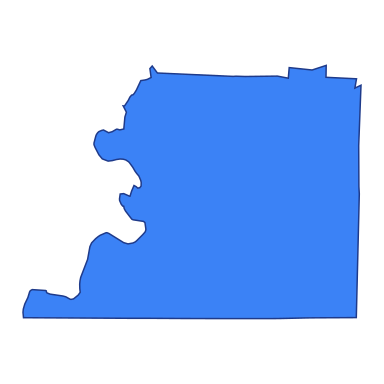 outline of Shelby, Tennessee, United States of America
{"feature_id": "52423323B51053623406996", "entity_name": "Shelby", "entity_type": "district", "adm_level": 2, "iso_a3": "USA", "parent_name": "United States of America", "parent_adm1": "Tennessee", "projection": "orthographic", "projection_center": [-90.065, 35.201], "detail": "fine", "context": "isolated", "style": "filled", "palette": "blue", "viewbox_px": 384, "rotation_deg": 0, "n_neighbors": 0, "source": "geoboundaries", "source_scale": "gbopen_adm2", "svg_char_len": 1880}
<svg xmlns="http://www.w3.org/2000/svg" viewBox="0 0 384 384"><path d="M361.0,85.2L354.9,88.1L356.5,78.8L326.0,77.3L326.2,65.4L312.1,70.0L289.2,67.6L288.3,78.2L277.4,76.1L245.1,76.5L235.9,76.2L233.2,76.4L157.4,73.0L152.2,66.0L149.9,68.6L151.1,77.5L147.3,79.4L144.9,80.0L140.8,80.6L136.4,90.0L134.3,93.4L133.0,94.8L131.6,95.1L129.9,97.1L128.2,100.5L124.7,105.7L123.9,106.0L123.2,105.9L126.4,112.2L124.9,117.0L123.8,129.0L119.7,129.9L117.4,129.2L116.5,129.2L112.2,131.7L108.6,132.7L103.5,130.0L101.7,130.4L98.9,131.6L97.8,132.6L96.5,134.4L95.8,136.1L94.0,143.0L94.0,144.7L95.1,147.5L98.9,154.8L102.3,158.9L108.1,161.1L112.3,160.6L116.5,159.5L120.1,159.0L123.2,159.2L125.7,159.9L128.5,161.7L129.3,162.5L132.8,167.3L135.1,171.3L136.8,173.6L138.9,176.1L139.8,178.2L140.8,180.6L141.2,182.6L141.1,186.0L139.8,187.7L137.7,188.1L136.2,186.7L134.0,185.5L131.6,191.1L130.0,196.2L129.6,196.2L123.7,193.6L120.2,194.0L119.5,198.8L119.6,200.5L121.2,204.2L122.7,206.1L123.7,206.2L124.2,208.6L125.5,211.0L126.7,212.6L128.4,214.8L130.0,216.9L131.8,219.2L133.1,219.8L143.5,221.4L144.8,222.5L145.0,223.0L145.9,229.3L145.5,231.1L144.9,232.2L142.6,234.8L136.5,240.9L134.9,242.1L132.9,243.0L128.0,243.9L123.6,242.6L108.8,233.4L106.9,232.7L105.9,232.8L100.3,235.2L98.3,236.5L95.6,238.7L91.7,242.8L91.5,243.1L89.9,246.7L87.6,259.4L80.7,277.4L80.0,280.9L79.7,284.2L79.8,288.5L80.2,292.3L78.2,295.1L73.5,298.9L71.0,299.4L70.1,299.2L65.8,296.8L62.9,296.0L50.0,294.1L47.0,292.9L46.5,292.2L46.3,290.9L45.6,290.5L32.2,289.6L31.0,290.3L30.4,290.6L29.6,291.9L27.9,297.5L24.8,304.0L23.3,309.1L23.0,312.4L23.5,317.7L130.1,318.3L147.9,318.3L165.7,318.4L183.3,318.5L227.6,318.6L231.6,318.6L236.4,318.6L236.6,318.6L254.1,318.6L271.7,318.6L280.7,318.5L298.5,318.1L307.4,317.9L316.2,317.8L356.2,317.6L356.3,317.6L359.3,193.9L358.9,186.6L358.7,145.5L361.0,85.2Z" fill="#3b82f6" stroke="#1e3a8a" stroke-width="1.5"/></svg>